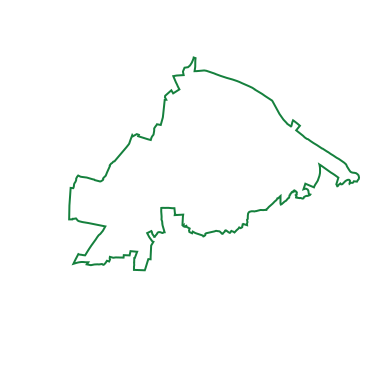 the district of Ruginoasa, Iasi, Romania, rotated 229°
{"feature_id": "2599482B22371739748147", "entity_name": "Ruginoasa", "entity_type": "district", "adm_level": 2, "iso_a3": "ROU", "parent_name": "Romania", "parent_adm1": "Iasi", "projection": "orthographic", "projection_center": [26.835, 47.264], "detail": "fine", "context": "isolated", "style": "outline", "palette": "green", "viewbox_px": 384, "rotation_deg": 229, "n_neighbors": 0, "source": "geoboundaries", "source_scale": "gbopen_adm2", "svg_char_len": 6027}
<svg xmlns="http://www.w3.org/2000/svg" viewBox="0 0 384 384"><g transform="rotate(229 192 192)"><path d="M114.1,271.9L114.7,273.4L114.2,275.3L113.9,276.0L113.1,276.8L112.9,277.5L112.4,278.8L112.4,279.2L112.5,279.6L113.1,279.2L114.0,279.0L114.4,279.2L116.6,280.6L117.9,280.9L119.4,280.4L119.9,280.0L120.2,279.5L120.9,277.9L123.9,283.0L115.5,287.1L116.2,288.4L116.8,290.1L117.3,291.9L117.8,293.6L118.2,294.6L120.6,298.8L122.3,301.0L123.7,302.3L126.2,304.4L128.4,305.8L129.2,306.2L126.9,306.9L126.7,306.8L126.4,307.0L115.5,309.6L114.0,310.1L111.5,310.8L106.8,311.9L104.0,307.4L103.2,306.1L103.0,305.9L101.7,305.8L101.5,305.5L101.0,305.4L100.8,305.8L101.2,307.0L101.1,309.6L99.9,309.6L99.6,310.0L99.3,310.6L99.3,311.1L99.4,312.2L99.6,315.1L99.2,317.0L99.0,317.5L98.5,318.2L98.0,318.6L96.9,318.6L96.4,318.1L95.4,317.0L95.1,316.4L94.9,316.3L94.9,317.6L94.6,318.1L93.8,318.9L93.5,319.4L93.5,319.9L93.6,320.4L93.9,321.2L91.6,323.3L92.1,324.7L92.4,326.4L93.4,327.6L95.3,328.6L96.8,328.6L98.5,328.2L99.9,327.2L100.9,326.2L102.0,325.4L103.2,324.9L105.0,325.0L109.4,325.7L111.7,326.4L114.3,326.1L120.6,324.5L123.0,323.6L126.8,322.6L129.9,321.6L132.9,320.9L133.1,320.7L139.1,319.0L139.4,318.7L145.3,317.1L149.3,315.8L152.6,314.9L155.7,314.2L156.8,313.5L159.2,312.9L161.6,312.7L169.6,311.2L170.2,311.1L171.2,316.9L174.6,316.4L178.6,315.6L179.8,315.3L178.9,313.6L176.6,310.3L176.6,309.7L181.0,308.6L182.0,308.7L186.6,308.5L193.4,309.2L207.6,312.3L208.5,312.4L216.6,310.1L219.9,309.3L228.2,306.6L228.3,306.7L231.1,305.9L234.7,304.3L241.2,301.2L243.9,300.0L246.2,298.8L250.3,296.4L255.3,293.1L260.8,289.8L265.9,287.0L266.3,286.9L274.0,282.4L275.7,281.0L280.1,274.9L281.5,273.2L284.3,276.5L289.1,280.8L290.7,282.5L292.4,281.5L291.7,280.6L290.8,278.9L289.7,276.6L288.8,273.5L288.8,270.9L290.7,267.9L288.9,264.3L288.4,263.9L285.7,262.4L290.0,256.8L291.7,253.9L290.5,253.5L285.3,251.8L282.9,251.2L281.1,250.6L277.7,249.8L278.8,242.5L282.3,243.1L282.2,234.9L281.2,233.7L278.5,233.1L279.4,231.8L274.8,226.9L268.3,219.9L267.4,218.9L263.1,212.4L266.1,210.0L265.7,208.9L265.4,207.3L264.8,205.2L263.0,203.6L260.7,200.8L260.5,200.4L260.2,198.7L259.7,197.2L258.3,195.0L260.6,193.4L269.4,188.0L270.0,189.4L271.9,188.3L272.8,184.0L274.1,184.2L271.6,179.6L269.8,176.5L269.5,175.7L268.8,171.9L266.0,153.6L266.5,152.7L266.3,150.6L266.5,149.6L266.1,147.4L265.5,147.2L262.5,140.7L260.9,137.6L260.7,134.4L260.3,133.5L259.8,133.3L259.5,132.4L259.9,130.1L260.3,129.5L264.8,126.4L265.4,126.4L266.9,125.3L271.9,122.1L275.6,118.8L276.7,117.9L279.1,116.9L278.9,115.5L278.3,113.9L278.1,113.4L277.0,112.4L276.2,110.9L275.6,108.8L275.2,108.1L273.5,106.2L272.9,105.2L272.8,104.9L274.7,103.1L262.2,90.6L251.9,81.3L249.9,83.6L250.1,83.8L250.1,84.3L249.6,84.9L249.4,85.0L248.2,87.1L246.3,87.1L245.5,87.0L244.2,87.5L241.3,89.5L236.6,93.4L222.9,104.0L221.2,99.3L220.6,95.8L220.5,95.1L220.6,93.9L220.6,93.2L220.1,90.9L219.3,88.1L217.6,80.8L216.5,76.8L215.5,73.5L214.3,69.8L214.6,69.5L216.3,68.0L217.0,67.5L218.3,66.3L219.1,65.7L219.7,65.5L217.6,60.1L215.6,55.4L214.1,58.7L213.2,60.4L211.8,62.5L210.9,63.6L208.6,65.8L207.0,67.6L206.4,65.1L203.1,67.7L201.4,70.7L199.3,73.4L198.4,74.2L196.7,76.8L195.6,77.1L195.0,77.6L195.0,78.8L195.2,80.3L195.9,82.7L193.9,83.9L194.9,85.9L195.4,86.0L196.1,86.5L196.9,87.5L194.1,89.4L193.8,89.8L192.6,91.6L187.4,97.3L189.1,99.1L185.1,103.3L187.7,106.8L183.2,111.1L182.9,111.4L179.7,105.5L180.0,105.1L177.4,102.7L177.0,102.4L177.0,102.2L174.7,100.4L173.8,99.3L171.3,97.1L163.9,105.0L164.6,106.3L169.9,114.8L170.0,115.0L168.4,116.6L170.4,118.4L178.2,125.9L178.4,126.1L179.7,130.2L180.8,129.7L182.2,129.8L185.7,130.1L190.4,131.2L189.2,135.7L188.4,135.6L186.5,134.6L185.0,134.4L184.4,134.3L183.5,134.3L182.2,133.7L182.5,134.1L183.0,135.8L183.3,137.8L183.8,139.2L183.8,139.9L183.5,140.6L182.9,141.3L182.3,141.8L180.7,142.6L180.3,143.0L180.2,143.6L180.2,144.1L179.6,144.9L185.9,147.8L187.6,148.8L187.7,149.0L189.6,150.3L190.5,150.6L191.5,151.1L192.1,151.8L193.6,153.1L197.5,156.0L200.1,158.3L199.7,159.0L197.6,161.3L196.4,162.8L195.2,164.1L192.9,166.3L191.3,168.1L186.8,164.9L186.5,164.9L186.4,164.7L186.5,164.5L185.9,163.8L180.7,170.5L179.4,169.0L173.2,163.0L172.5,163.1L172.5,164.1L171.5,163.2L170.2,163.9L170.2,164.3L170.4,164.9L170.3,165.2L170.2,165.5L169.3,165.0L166.0,166.3L164.9,164.5L163.5,163.8L160.8,165.0L161.6,166.6L158.8,167.6L152.2,171.5L151.9,171.4L151.3,172.0L150.9,171.7L150.8,171.9L150.8,172.3L150.7,173.3L150.7,173.6L151.2,174.3L151.6,174.5L151.6,175.6L147.5,183.2L147.0,184.5L146.7,184.9L146.1,185.3L144.3,186.9L143.5,187.1L142.1,187.2L141.0,187.2L140.4,187.6L140.3,188.0L140.6,188.7L140.6,190.5L141.1,191.6L141.1,192.0L140.3,192.4L140.3,192.6L137.6,193.2L136.6,193.6L136.3,193.8L136.3,194.0L136.4,194.7L136.8,195.8L136.8,196.2L136.1,196.4L135.5,196.9L133.6,197.5L133.9,200.6L133.9,203.0L134.3,204.4L134.0,204.6L132.9,204.9L132.8,205.1L132.5,206.4L132.5,206.8L132.7,207.1L133.2,207.4L133.5,208.0L134.3,209.0L133.9,209.4L134.1,209.8L130.8,211.8L131.6,212.4L132.0,212.5L132.7,213.9L133.3,214.4L133.8,214.6L134.9,215.3L135.1,216.4L137.7,218.8L139.0,220.3L139.4,221.6L139.3,222.5L138.4,224.3L137.3,225.6L136.5,226.2L135.6,227.8L135.2,228.3L135.1,228.7L133.5,231.9L131.5,234.0L130.9,234.9L129.7,236.3L130.1,236.6L130.0,238.1L130.3,240.1L130.3,245.0L130.6,248.5L130.5,250.2L130.9,251.6L131.2,252.4L130.7,252.8L130.7,253.6L130.8,254.5L130.9,255.1L130.9,256.2L126.3,252.1L125.5,251.4L124.3,250.8L124.0,251.5L124.0,254.8L124.1,255.3L123.7,257.3L123.8,257.8L124.0,258.6L123.9,258.9L124.2,259.9L124.1,260.4L124.2,260.8L124.0,261.1L124.1,261.7L125.5,263.4L125.4,263.8L125.5,264.4L126.0,265.0L126.0,265.7L126.4,267.0L126.4,267.3L126.0,267.4L125.8,267.7L125.7,267.9L126.2,268.8L126.2,269.3L126.2,270.1L126.0,270.4L125.6,270.5L125.1,270.0L125.0,269.9L124.6,270.3L124.5,270.7L124.1,270.9L123.3,270.9L122.9,270.8L122.7,270.7L122.0,269.7L121.6,269.6L121.5,269.2L121.6,268.3L120.4,268.2L120.1,268.0L120.0,267.4L119.6,266.9L119.4,267.0L116.7,269.3L116.5,269.7L116.2,270.1L114.6,271.0L114.1,271.9Z" fill="none" stroke="#15803d" stroke-width="2"/></g></svg>